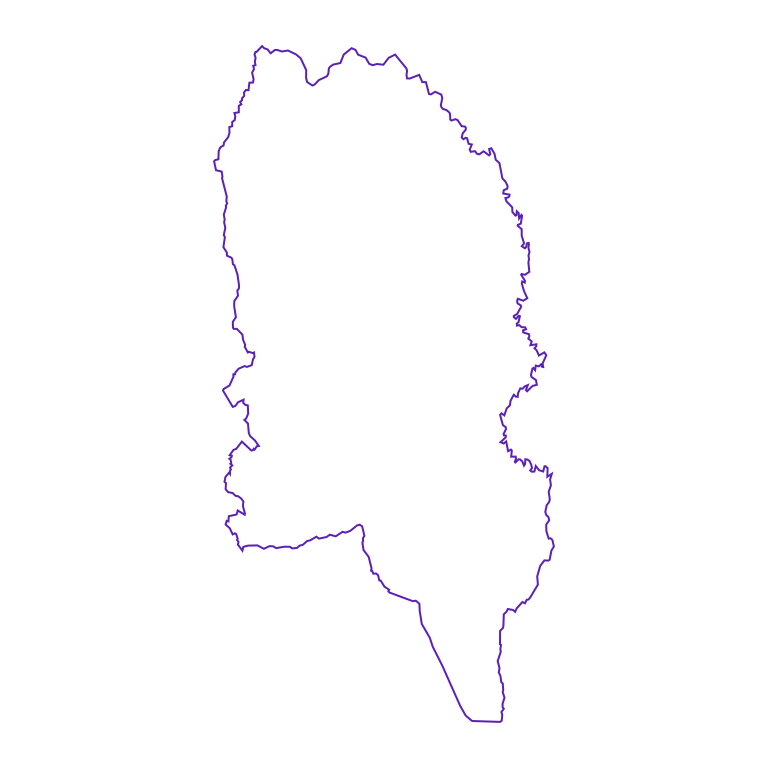 outline of Kamonyi, Southern, Rwanda
{"feature_id": "39286606B23352434464252", "entity_name": "Kamonyi", "entity_type": "district", "adm_level": 2, "iso_a3": "RWA", "parent_name": "Rwanda", "parent_adm1": "Southern", "projection": "equal_earth", "projection_center": [29.885, -2.028], "detail": "fine", "context": "isolated", "style": "outline", "palette": "violet", "viewbox_px": 768, "rotation_deg": 0, "n_neighbors": 0, "source": "geoboundaries", "source_scale": "gbopen_adm2", "svg_char_len": 6064}
<svg xmlns="http://www.w3.org/2000/svg" viewBox="0 0 768 768"><path d="M499.4,163.0L495.7,159.7L494.5,153.8L491.3,148.3L489.1,149.0L490.3,154.1L489.1,155.4L483.6,151.3L479.3,154.3L477.1,153.9L475.0,151.2L470.7,151.8L469.7,149.6L471.8,144.5L468.6,143.8L467.1,138.3L465.7,137.8L463.4,139.2L461.7,137.5L462.7,133.4L465.7,129.7L465.9,127.9L464.9,126.5L461.7,126.2L457.5,120.0L455.4,119.2L451.4,120.5L450.3,119.6L450.0,113.7L449.1,112.3L446.4,110.0L442.8,108.9L441.3,106.9L440.8,105.3L442.3,98.1L441.3,94.6L435.2,91.8L430.8,94.4L429.0,94.0L425.9,82.1L422.3,82.1L419.2,74.9L409.7,78.5L407.0,78.4L406.5,74.9L407.1,70.7L406.3,68.3L395.1,54.6L388.7,57.8L383.4,64.7L376.9,64.0L372.7,65.2L369.2,63.8L365.6,57.6L358.1,54.7L355.5,49.9L351.6,48.2L343.7,54.6L340.4,63.0L333.2,64.6L330.2,66.6L328.9,68.3L328.3,73.8L326.9,76.3L318.8,80.1L314.8,84.4L312.4,85.5L307.2,82.1L306.1,77.9L306.2,70.1L300.7,58.3L295.9,54.3L287.9,50.5L282.0,51.5L277.0,49.9L274.9,50.0L270.6,53.3L267.6,49.4L264.3,48.3L262.1,46.1L256.6,51.9L255.5,52.0L254.5,54.5L255.6,57.9L254.8,61.6L255.5,65.1L253.2,65.8L254.0,69.1L252.1,72.6L253.6,79.3L253.0,82.5L249.4,82.7L248.5,90.2L245.9,90.0L244.0,92.6L244.2,95.9L242.0,98.3L242.1,100.2L240.1,102.0L241.3,104.4L238.8,105.8L238.8,112.3L234.4,113.0L235.3,116.4L234.7,120.1L232.2,122.0L232.2,126.2L229.3,127.1L229.5,132.6L228.2,137.1L224.0,142.5L223.6,145.4L220.4,147.3L218.7,151.0L218.4,159.3L215.4,160.0L214.1,161.3L216.0,170.2L221.7,171.6L222.5,176.8L222.0,178.0L226.8,196.7L226.3,201.0L227.2,203.3L225.8,205.7L226.1,207.4L223.8,214.6L224.7,219.6L224.1,222.3L225.3,227.8L223.8,235.1L224.9,237.1L223.4,247.1L226.8,252.5L227.0,255.7L231.2,257.6L232.3,259.1L232.9,264.2L234.5,265.4L237.5,274.6L239.1,285.9L238.8,288.7L237.3,290.5L238.0,295.7L234.3,301.1L234.2,306.5L235.9,317.2L232.8,321.9L233.0,327.8L233.8,328.9L236.8,328.9L242.4,334.6L243.1,339.8L245.2,344.9L244.7,346.7L247.2,351.3L247.9,352.5L248.9,351.8L252.9,353.1L254.0,352.5L254.5,356.8L253.0,359.3L251.7,365.2L246.9,366.9L244.5,366.1L238.6,368.7L235.4,372.4L235.0,374.3L233.3,374.4L233.5,376.6L229.5,385.5L223.6,389.0L223.0,390.6L232.8,406.9L235.4,405.9L238.1,402.2L243.6,399.7L243.2,402.8L245.2,404.8L247.8,405.4L248.2,413.6L246.1,418.6L244.4,419.9L248.0,423.6L248.8,433.1L250.1,436.1L255.0,440.5L258.8,446.0L256.8,446.3L254.6,449.6L253.7,448.8L252.9,450.2L251.3,450.5L241.9,441.6L236.2,448.9L233.5,449.9L229.7,455.2L231.8,455.7L231.6,457.0L229.4,458.8L230.5,459.5L231.3,463.0L230.4,463.8L232.3,465.4L230.1,467.5L230.9,469.5L230.1,470.4L230.0,473.8L229.2,472.5L225.4,477.1L224.5,481.8L226.0,483.2L225.6,489.2L228.2,492.2L232.6,493.0L235.6,495.9L237.8,496.1L241.0,498.3L243.4,501.5L242.9,506.0L244.9,513.4L244.7,514.7L237.7,510.5L236.6,514.5L228.8,516.2L228.4,521.4L226.7,520.8L225.6,524.5L229.8,528.3L232.7,534.4L234.9,533.3L236.2,534.0L237.7,538.8L237.0,539.9L238.5,541.9L237.9,544.6L242.4,550.7L243.4,546.8L248.2,545.6L257.5,545.4L263.9,548.8L269.6,546.1L273.5,546.4L276.0,548.1L284.4,546.7L290.1,546.8L292.1,548.4L297.0,547.9L299.9,545.5L302.7,544.9L307.2,541.0L310.1,540.4L316.4,536.7L319.0,538.6L326.6,537.0L329.8,534.7L335.7,536.3L342.6,531.8L345.5,532.6L350.2,530.9L357.1,525.4L359.7,524.7L362.2,526.4L364.4,535.9L362.9,538.2L363.1,541.2L362.4,542.6L363.5,550.0L368.7,556.9L371.5,568.2L371.1,570.7L372.1,570.8L373.3,573.7L376.1,573.5L378.1,575.2L379.3,580.4L380.7,580.6L384.4,586.6L389.1,589.8L388.4,591.4L389.6,592.6L412.9,601.2L415.8,600.7L419.4,603.8L419.7,610.8L421.8,624.0L429.8,637.8L432.7,646.6L442.3,665.7L460.2,705.9L465.7,715.6L472.1,721.0L500.1,721.9L501.7,720.7L502.3,714.9L501.4,712.0L503.8,708.8L502.6,707.2L502.6,703.6L504.5,697.7L502.7,692.1L503.2,690.0L502.8,683.6L501.3,682.2L500.4,675.7L498.8,672.6L499.5,668.2L497.7,661.0L500.8,651.7L500.3,649.0L501.0,644.9L500.0,644.1L500.1,630.9L502.8,628.1L503.4,626.2L503.8,614.3L506.5,611.7L507.8,609.0L513.1,610.0L515.1,611.8L516.7,608.4L522.4,602.0L525.0,603.3L526.7,599.8L528.5,599.5L530.3,597.3L537.9,584.6L537.2,576.5L540.2,565.9L544.4,560.4L548.5,560.6L549.7,559.6L551.4,550.6L553.9,546.5L552.4,540.0L550.6,538.3L548.7,538.6L546.4,531.3L546.2,524.6L549.2,520.3L548.5,517.2L546.1,514.7L545.3,511.9L546.7,505.2L549.0,502.2L549.8,499.4L548.7,491.8L550.9,485.3L550.1,479.5L551.8,473.8L547.3,476.8L547.6,468.1L545.5,466.2L544.5,466.3L543.2,471.5L539.1,470.2L535.8,466.0L534.4,471.5L531.8,471.7L530.2,470.5L532.0,468.1L531.3,465.0L529.7,461.2L527.4,459.5L525.3,459.3L525.1,464.0L524.0,465.7L522.3,461.4L519.8,459.3L518.5,459.3L515.4,462.5L514.8,461.9L516.0,458.7L515.7,456.6L511.2,456.7L511.8,450.5L511.0,449.6L508.1,451.2L506.2,441.4L503.7,443.5L500.5,442.2L505.7,437.4L505.8,435.5L504.0,435.4L503.6,434.0L506.0,429.0L505.7,427.2L502.9,425.1L500.1,414.9L501.5,413.3L504.3,415.4L506.7,408.4L509.9,405.4L510.5,400.9L513.2,395.8L513.9,394.7L515.8,396.6L517.6,396.9L518.1,393.1L520.3,388.4L522.6,388.7L524.8,386.4L527.8,385.1L525.9,390.1L527.1,391.3L532.6,385.9L536.8,384.8L536.0,380.1L531.5,377.0L531.0,374.9L532.4,368.7L533.4,367.9L535.1,370.1L535.8,365.6L538.8,366.4L540.9,364.5L542.1,366.8L543.2,367.0L542.6,363.5L546.3,355.2L544.3,352.4L538.9,355.5L536.7,350.4L534.5,348.2L536.2,346.4L536.4,344.3L530.4,345.2L531.7,341.4L528.3,338.6L529.3,336.5L529.1,334.3L523.1,332.3L523.1,330.3L526.1,329.3L525.3,327.4L521.5,327.1L519.3,325.1L517.0,325.6L516.8,323.6L518.5,322.2L519.9,316.2L518.6,315.8L516.0,318.9L513.9,317.3L513.8,316.0L517.1,314.0L521.2,306.7L520.9,305.5L517.6,303.4L517.1,301.1L517.8,298.8L523.3,300.7L527.3,298.2L523.9,290.8L521.8,283.4L522.2,281.5L524.8,282.6L524.9,280.7L521.2,274.8L521.6,274.0L525.0,274.8L529.3,271.8L528.4,262.5L529.0,259.3L528.5,255.5L529.5,251.9L528.4,247.7L528.9,244.5L528.6,242.9L527.0,243.3L526.0,247.2L524.9,248.3L521.8,246.2L524.1,243.4L521.7,235.8L521.7,229.2L517.6,225.7L517.9,224.8L520.8,223.7L522.1,215.6L521.4,214.9L519.1,218.4L518.7,213.1L516.8,211.3L516.4,215.3L515.4,215.6L512.4,212.0L512.2,207.3L506.5,201.4L505.4,198.1L508.1,197.4L509.3,196.4L509.5,194.6L503.2,193.5L503.8,190.2L507.2,188.7L507.6,186.1L505.6,181.8L502.4,178.4L499.4,163.0Z" fill="none" stroke="#5b21b6" stroke-width="2"/></svg>